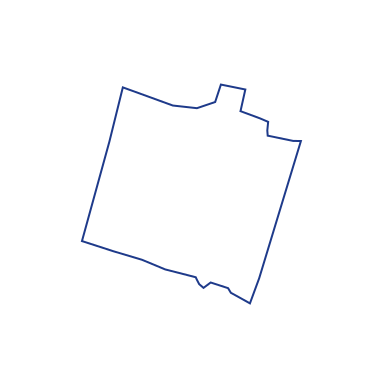 outline of Lolua, Tuvalu, rotated 329°
{"feature_id": "33948139B18682129171458", "entity_name": "Lolua", "entity_type": "district", "adm_level": 2, "iso_a3": "TUV", "parent_name": "Tuvalu", "parent_adm1": "", "projection": "robinson", "projection_center": [176.115, -5.674], "detail": "fine", "context": "isolated", "style": "outline", "palette": "blue", "viewbox_px": 384, "rotation_deg": 329, "n_neighbors": 0, "source": "geoboundaries", "source_scale": "gbopen_adm2", "svg_char_len": 510}
<svg xmlns="http://www.w3.org/2000/svg" viewBox="0 0 384 384"><g transform="rotate(329 192 192)"><path d="M72.4,177.4L94.1,202.3L114.2,224.3L129.1,244.5L151.3,267.0L151.0,269.6L150.7,274.7L152.5,280.1L161.4,279.2L173.4,293.0L173.4,298.4L178.0,306.3L184.3,317.3L205.2,300.5L311.6,204.4L305.0,200.3L285.9,182.7L288.2,178.1L293.4,171.1L288.2,163.9L275.2,147.7L290.5,131.6L272.1,114.8L258.2,126.8L239.4,122.7L220.1,108.0L186.6,66.7L147.1,106.3L72.4,177.4Z" fill="none" stroke="#1e3a8a" stroke-width="2"/></g></svg>